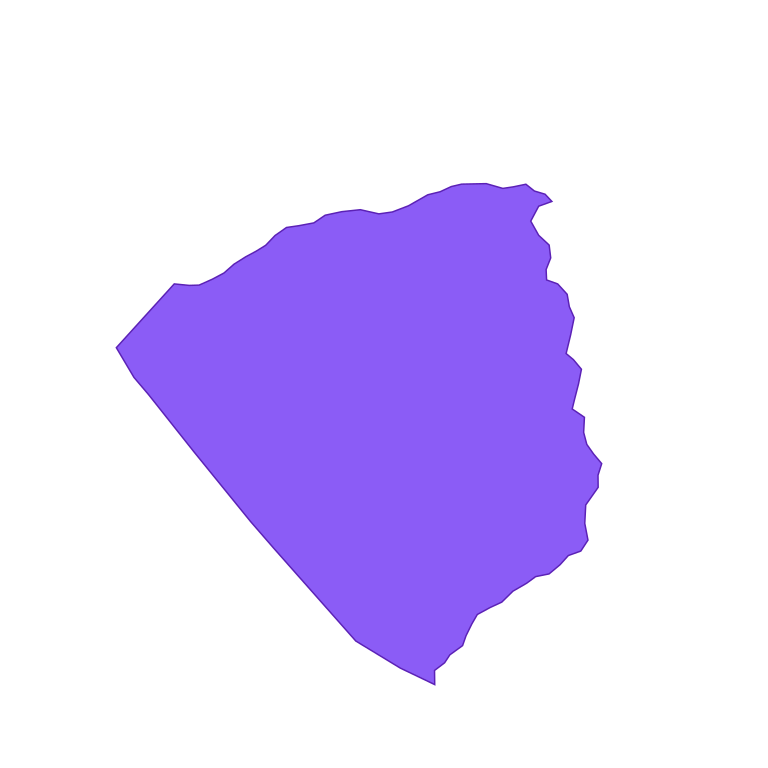 Cubati, Paraíba, Brazil, rotated 118°
{"feature_id": "56859067B17679769535138", "entity_name": "Cubati", "entity_type": "district", "adm_level": 2, "iso_a3": "BRA", "parent_name": "Brazil", "parent_adm1": "Paraíba", "projection": "mercator", "projection_center": [-36.342, -6.865], "detail": "fine", "context": "isolated", "style": "filled", "palette": "violet", "viewbox_px": 768, "rotation_deg": 118, "n_neighbors": 0, "source": "geoboundaries", "source_scale": "gbopen_adm2", "svg_char_len": 1179}
<svg xmlns="http://www.w3.org/2000/svg" viewBox="0 0 768 768"><g transform="rotate(118 384 384)"><path d="M625.6,198.1L613.2,204.9L601.7,199.6L592.2,198.7L578.1,191.8L567.7,193.4L554.7,193.8L543.7,193.4L531.6,185.4L521.3,177.6L506.4,172.9L492.9,164.5L482.9,159.7L474.2,149.1L460.9,143.7L448.9,140.7L439.1,131.8L426.1,130.6L412.8,141.3L396.1,149.1L374.7,146.4L364.1,152.2L352.1,154.4L347.4,166.1L342.1,176.6L333.0,185.0L319.3,191.4L317.7,206.1L307.9,208.6L292.6,212.3L278.3,216.6L273.6,228.1L271.6,237.5L252.9,242.3L236.2,247.2L228.8,256.6L218.8,264.4L214.1,277.6L215.8,289.3L206.8,294.6L194.4,296.0L183.8,303.4L180.1,317.2L171.3,330.9L154.4,330.9L144.0,321.5L140.8,330.9L143.0,341.8L141.0,352.5L149.3,362.5L155.5,370.9L159.1,387.8L171.1,409.3L178.1,417.3L187.9,424.7L196.4,434.2L215.2,446.1L228.2,457.4L236.2,468.4L241.2,486.7L251.6,502.1L262.6,515.2L274.7,521.6L284.2,533.5L291.6,543.6L304.0,549.9L317.1,553.6L327.0,559.4L336.4,565.7L348.6,572.7L361.1,577.4L372.1,584.8L383.5,593.7L388.4,602.3L394.1,616.2L477.6,637.4L495.6,607.8L503.9,586.9L533.1,520.0L568.1,437.2L580.8,404.2L624.2,288.2L627.2,236.1L625.6,198.1Z" fill="#8b5cf6" stroke="#5b21b6" stroke-width="1.5"/></g></svg>